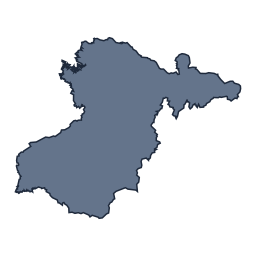 outline of Bandung Barat, Jawa Barat, Indonesia
{"feature_id": "22746128B79756617117888", "entity_name": "Bandung Barat", "entity_type": "district", "adm_level": 2, "iso_a3": "IDN", "parent_name": "Indonesia", "parent_adm1": "Jawa Barat", "projection": "orthographic", "projection_center": [107.424, -6.905], "detail": "fine", "context": "isolated", "style": "filled", "palette": "slate", "viewbox_px": 256, "rotation_deg": 0, "n_neighbors": 0, "source": "geoboundaries", "source_scale": "gbopen_adm2", "svg_char_len": 5568}
<svg xmlns="http://www.w3.org/2000/svg" viewBox="0 0 256 256"><path d="M157.3,134.5L154.6,132.2L155.6,130.3L151.4,126.3L151.1,125.1L152.9,122.5L153.9,122.5L154.1,119.6L155.2,117.1L154.7,115.4L156.6,114.2L157.0,115.0L157.3,114.5L158.0,112.4L156.5,111.4L159.3,110.9L160.6,108.9L161.8,108.6L162.5,105.9L160.3,105.0L162.3,102.3L163.3,98.2L164.6,98.3L165.8,97.4L167.7,98.1L167.3,100.9L169.6,101.2L168.0,104.4L169.2,105.0L169.9,106.9L173.2,107.5L173.0,108.6L174.4,109.8L172.5,114.6L173.8,115.8L176.1,116.4L175.6,117.4L176.2,118.7L177.5,116.3L178.6,111.5L183.8,108.0L184.0,104.8L185.0,104.1L187.3,99.5L187.0,101.9L188.6,101.8L189.5,103.3L189.7,102.3L188.9,106.8L190.2,108.9L192.1,107.2L193.1,104.9L194.9,103.8L194.9,104.8L196.2,105.2L196.1,106.1L197.3,107.5L198.6,104.3L200.0,107.4L203.6,107.1L203.6,106.2L205.9,105.2L206.5,103.5L209.8,101.7L210.9,99.6L213.1,98.4L213.5,97.5L218.2,97.7L219.8,96.9L221.1,97.4L226.5,96.3L227.2,96.6L227.5,99.3L229.7,99.7L231.1,101.0L235.0,98.1L237.0,98.6L237.5,96.9L238.4,96.7L237.4,94.6L239.9,91.9L240.6,88.7L240.4,86.0L238.7,84.4L234.4,83.2L232.8,81.2L230.1,81.3L224.7,83.5L220.7,79.5L218.1,76.1L217.7,74.3L217.0,74.7L214.2,73.4L208.7,72.7L205.9,73.5L200.3,73.4L196.8,69.4L195.5,68.9L196.0,67.5L192.7,67.2L188.5,68.0L188.3,66.0L190.0,63.0L189.3,57.5L188.3,55.6L184.8,54.1L182.0,53.7L179.1,54.9L177.8,56.8L176.3,57.7L175.2,60.5L177.0,61.6L177.2,63.1L176.4,63.7L177.3,64.8L176.5,65.6L177.1,67.0L176.5,68.3L178.6,68.6L178.1,69.8L178.8,70.1L179.3,74.1L177.9,74.5L176.1,72.0L173.0,73.3L171.2,72.9L169.2,73.7L167.3,72.9L163.6,69.1L160.9,69.1L159.4,68.3L156.2,62.4L154.2,60.8L150.8,60.2L149.8,58.8L147.9,58.4L147.5,57.7L141.7,57.2L140.9,56.4L141.2,55.9L138.6,54.5L136.1,51.0L133.1,49.3L132.1,47.0L131.1,46.9L127.1,42.6L125.5,43.1L122.7,42.3L122.8,43.0L121.9,43.6L121.3,42.5L120.3,42.7L120.2,43.4L115.9,42.5L112.4,38.6L109.4,37.7L108.1,38.3L107.6,39.7L106.2,39.6L103.9,40.7L100.0,39.9L97.3,38.5L94.7,38.8L94.3,38.3L93.7,38.7L94.3,40.2L93.5,41.2L93.7,42.8L91.8,42.7L91.8,43.5L88.8,43.5L85.9,41.2L84.3,41.4L83.3,42.4L82.4,42.1L81.7,42.4L82.0,44.4L81.1,46.8L82.2,47.9L80.9,47.6L80.6,48.7L81.9,50.4L80.1,50.0L78.3,50.6L77.8,51.6L78.8,52.8L77.2,52.1L75.3,53.9L76.9,55.0L77.5,54.4L78.1,55.4L77.0,55.9L79.2,57.2L75.3,57.9L77.2,59.7L76.3,59.8L76.7,61.2L81.8,63.7L82.1,64.9L83.1,65.4L82.8,65.7L84.1,66.1L85.5,64.6L85.7,65.2L83.9,66.6L77.5,63.7L77.5,65.5L78.9,65.0L79.3,65.9L80.3,66.0L80.3,67.0L80.9,66.4L81.6,66.6L81.7,67.7L82.2,66.9L82.7,67.0L81.6,67.9L81.2,66.7L80.5,67.4L79.4,66.3L78.3,66.8L78.5,65.5L77.5,67.0L78.8,67.5L77.5,67.4L77.5,68.5L78.1,69.5L79.2,69.1L79.9,69.2L80.3,69.7L78.8,69.4L78.6,70.4L77.9,70.2L76.7,67.9L76.1,67.9L76.1,69.7L76.7,69.7L78.1,71.6L75.3,69.4L76.6,71.4L75.5,70.7L76.0,72.6L75.6,72.7L75.0,71.3L74.0,72.3L74.3,71.0L72.8,71.2L72.3,70.9L72.6,70.0L71.4,70.0L70.8,69.3L73.0,68.7L74.1,69.7L74.7,69.5L75.0,67.6L74.6,67.0L73.8,67.8L73.8,65.8L72.8,67.4L72.8,66.8L71.5,67.4L70.8,66.8L68.0,68.9L68.7,67.0L67.1,67.3L66.2,68.4L66.9,66.0L68.9,66.2L70.1,64.7L68.1,64.3L67.4,63.3L67.3,64.4L66.1,64.4L64.4,67.8L65.8,63.8L65.1,62.3L65.5,61.8L62.1,60.3L62.0,61.4L64.6,63.3L64.2,65.4L63.2,64.6L63.4,69.1L62.4,67.1L61.4,69.1L63.4,70.9L62.7,72.4L63.9,73.7L62.4,73.1L61.9,73.9L59.4,73.8L59.8,75.3L62.3,75.1L61.2,75.9L61.4,77.4L60.6,77.1L60.9,78.8L61.5,79.0L62.1,78.2L63.7,78.7L63.2,79.0L65.5,80.2L65.0,81.3L66.4,82.1L67.5,81.8L68.2,83.0L68.9,82.6L69.9,83.7L70.2,83.2L70.3,83.9L71.0,83.8L70.8,84.9L71.9,84.9L70.2,85.5L71.4,86.3L70.7,87.4L72.6,88.7L73.6,91.3L72.1,90.7L70.8,93.3L73.6,94.7L73.5,100.6L75.5,103.8L74.1,104.8L74.2,105.7L74.9,106.2L76.2,105.8L76.7,107.6L78.6,106.4L79.7,108.2L81.0,107.0L81.9,104.6L82.4,104.8L81.9,106.4L84.0,106.0L84.6,106.5L84.9,107.5L83.5,109.5L84.6,111.6L83.6,113.6L82.3,114.0L82.3,114.8L81.2,115.6L82.0,117.2L81.3,118.1L81.4,120.1L78.2,120.2L77.0,121.1L75.6,120.4L73.8,120.8L70.1,124.4L70.4,125.9L69.0,127.5L64.8,129.8L61.5,130.0L60.7,132.5L55.2,136.5L53.5,136.0L49.2,137.6L45.6,137.1L36.3,142.0L30.6,142.5L29.1,143.7L30.8,146.4L23.7,151.0L23.0,152.2L21.3,152.1L18.7,154.3L19.0,155.9L17.2,156.3L16.6,160.5L17.0,162.9L18.1,163.0L18.7,164.5L18.5,165.4L16.7,165.3L16.4,165.9L17.5,170.3L18.4,171.1L17.9,172.3L19.1,173.1L19.3,174.4L21.0,176.3L20.1,176.9L20.3,178.8L19.2,179.4L17.9,185.2L18.4,185.8L17.2,186.4L18.0,186.8L16.9,188.2L17.5,188.9L16.3,189.5L15.4,191.8L16.6,192.3L17.1,191.7L18.8,193.3L19.4,192.9L19.2,192.0L20.9,192.1L20.9,191.6L22.1,192.1L22.7,190.9L23.7,191.1L24.0,190.1L24.7,191.3L26.1,191.0L26.7,190.0L27.0,191.0L27.9,190.3L28.2,191.0L29.8,191.1L30.0,191.8L31.8,191.3L32.6,191.9L32.1,189.5L32.8,189.3L32.2,188.5L33.0,188.0L34.6,188.6L34.9,188.1L35.1,188.8L38.5,187.0L41.6,188.0L41.7,188.5L44.6,187.8L45.2,189.6L46.6,189.7L46.2,191.6L49.8,193.5L50.2,195.4L52.5,197.7L57.3,200.0L58.1,202.8L59.3,202.9L62.4,205.2L62.7,203.0L63.9,202.5L65.0,204.2L66.8,205.2L68.8,208.1L69.0,212.6L72.1,212.2L74.9,213.3L78.3,212.7L81.0,213.6L83.3,212.6L88.8,215.0L90.0,216.9L92.2,215.3L98.2,217.2L99.1,218.3L102.3,217.9L106.5,213.9L108.6,213.0L109.3,207.8L108.5,205.6L110.3,202.6L111.7,202.1L113.5,199.4L114.7,198.8L113.6,193.5L116.1,191.3L125.4,187.7L127.8,189.1L135.9,190.1L137.4,191.4L136.7,184.3L138.7,182.1L139.3,177.4L136.7,175.1L137.4,172.9L136.5,170.5L138.2,168.6L141.3,167.5L141.8,165.2L141.1,161.4L142.0,159.1L146.2,158.1L148.5,160.3L148.6,158.9L149.3,159.0L150.3,157.9L150.6,155.5L152.2,152.9L154.7,152.4L154.5,150.5L156.0,149.6L154.6,149.5L154.5,149.0L156.9,147.5L157.6,144.5L160.2,143.2L159.7,142.0L156.3,140.6L156.3,137.7L157.2,136.2L156.6,135.5L157.3,134.5Z" fill="#64748b" stroke="#1e293b" stroke-width="1.5"/></svg>